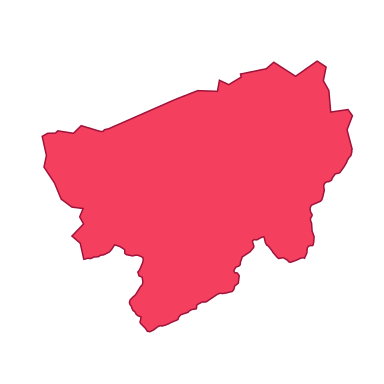 outline of Madison, North Carolina, United States of America, rotated 186°
{"feature_id": "52423323B54912107287089", "entity_name": "Madison", "entity_type": "district", "adm_level": 2, "iso_a3": "USA", "parent_name": "United States of America", "parent_adm1": "North Carolina", "projection": "equal_earth", "projection_center": [-82.727, 35.872], "detail": "fine", "context": "isolated", "style": "filled", "palette": "rose", "viewbox_px": 384, "rotation_deg": 186, "n_neighbors": 0, "source": "geoboundaries", "source_scale": "gbopen_adm2", "svg_char_len": 2558}
<svg xmlns="http://www.w3.org/2000/svg" viewBox="0 0 384 384"><g transform="rotate(186 192 192)"><path d="M73.2,137.9L71.4,143.3L71.5,148.0L71.1,149.2L70.5,150.1L68.8,151.1L66.5,151.3L66.0,152.1L65.7,155.2L65.9,160.3L68.5,165.8L69.8,173.4L71.3,176.4L71.3,178.4L70.3,180.4L70.1,181.9L71.8,184.3L72.5,186.1L72.8,187.8L72.5,190.0L71.6,191.5L63.2,196.3L62.1,197.8L61.5,200.4L60.6,207.4L61.7,212.0L61.1,214.3L59.3,216.1L56.9,216.6L54.5,218.3L53.8,220.8L51.4,225.0L47.8,226.2L46.9,226.9L43.3,233.2L41.2,237.9L41.0,239.3L39.4,242.7L37.8,244.8L37.2,248.8L37.6,250.5L37.2,251.3L44.3,270.0L40.4,284.6L45.5,290.3L62.4,286.0L66.5,307.2L73.0,316.4L71.7,330.3L81.2,335.3L101.1,317.9L124.2,329.6L131.1,322.3L156.1,314.4L155.1,311.4L166.7,302.6L176.4,306.0L177.2,294.8L196.9,293.4L214.9,284.1L222.2,280.1L281.7,246.1L285.4,244.9L285.9,244.4L286.4,243.5L286.9,243.1L287.6,242.8L288.4,242.7L290.2,242.8L309.1,246.4L316.0,238.0L331.9,238.8L333.9,236.3L341.7,235.3L346.8,231.7L340.6,213.1L341.8,201.3L329.7,186.6L321.4,171.3L309.8,164.4L298.6,164.2L301.1,155.5L296.5,148.9L306.8,135.6L297.8,129.4L292.6,113.8L291.7,114.0L288.6,115.3L286.5,115.1L284.1,116.1L283.0,117.0L278.2,117.9L276.3,119.6L273.7,120.1L272.0,121.0L267.9,123.7L266.0,126.4L263.4,131.4L258.0,130.2L253.7,128.1L252.9,127.4L252.3,123.8L250.5,122.8L244.3,122.2L242.7,122.9L239.6,123.5L235.5,122.4L233.8,121.4L233.4,118.4L233.8,116.2L236.1,108.8L237.5,106.7L236.0,103.1L232.8,102.1L232.6,101.8L231.4,97.1L231.8,94.7L232.1,93.9L233.2,92.7L237.4,83.9L239.8,81.3L242.3,78.1L242.7,75.5L242.0,73.8L240.5,72.1L239.4,69.7L238.2,67.9L236.4,67.0L234.4,64.2L232.3,63.1L229.7,62.6L229.7,59.5L230.2,57.3L229.4,55.9L224.0,51.5L221.8,48.8L219.1,48.7L215.5,51.0L211.8,54.6L209.2,55.8L207.9,55.5L204.9,56.7L201.7,58.3L199.1,60.1L193.2,63.3L192.5,64.1L192.1,66.3L190.2,68.8L183.4,71.9L182.3,73.4L179.9,75.1L175.6,76.2L175.3,77.5L175.5,79.4L175.1,80.5L170.0,83.9L168.5,83.7L166.3,84.3L156.1,92.9L153.6,94.2L151.0,94.2L147.6,95.1L141.6,97.3L140.9,98.2L140.2,99.5L139.7,102.9L136.4,106.2L136.4,106.9L136.3,113.7L138.4,116.1L139.2,116.3L140.2,116.0L141.4,116.6L142.2,118.0L140.6,121.8L137.7,123.2L136.9,124.0L136.4,125.0L136.5,127.4L135.2,132.7L128.0,138.6L124.9,143.2L124.8,143.9L125.0,145.1L126.7,149.0L126.6,149.8L125.4,151.1L123.2,151.1L122.0,151.4L119.2,153.5L116.0,155.1L115.6,154.6L113.7,149.3L112.1,146.9L111.4,146.9L109.6,145.4L105.9,141.5L105.2,140.4L100.4,135.9L98.9,134.9L94.3,136.2L89.5,133.9L88.8,132.8L86.8,132.3L81.4,134.9L76.5,137.8L74.1,138.2L73.2,137.9Z" fill="#f43f5e" stroke="#9f1239" stroke-width="1.5"/></g></svg>